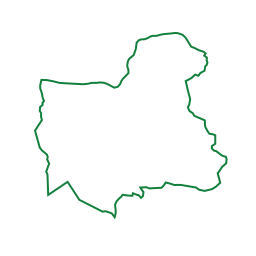 Parelhas, Rio Grande do Norte, Brazil (Albers equal-area conic projection), rotated 255°
{"feature_id": "56859067B27225115127072", "entity_name": "Parelhas", "entity_type": "district", "adm_level": 2, "iso_a3": "BRA", "parent_name": "Brazil", "parent_adm1": "Rio Grande do Norte", "projection": "albers", "projection_center": [-36.615, -6.711], "detail": "fine", "context": "isolated", "style": "outline", "palette": "green", "viewbox_px": 256, "rotation_deg": 255, "n_neighbors": 0, "source": "geoboundaries", "source_scale": "gbopen_adm2", "svg_char_len": 1867}
<svg xmlns="http://www.w3.org/2000/svg" viewBox="0 0 256 256"><g transform="rotate(255 128 128)"><path d="M84.0,33.6L91.6,55.7L76.2,60.8L73.4,61.7L71.2,62.4L53.7,81.9L53.4,84.8L49.8,90.2L45.3,92.0L48.8,94.0L52.1,94.9L57.1,95.6L60.1,97.9L62.5,101.7L63.4,103.8L64.9,105.5L62.8,110.4L61.4,114.7L63.7,115.9L61.2,119.2L60.3,121.0L57.1,122.5L58.4,124.8L62.1,126.4L64.7,125.3L67.3,124.6L66.0,130.6L64.2,132.8L62.2,142.1L61.6,145.0L63.2,147.6L65.6,150.3L63.5,154.1L61.0,157.9L59.3,164.4L52.9,178.3L49.9,180.8L47.4,185.8L47.2,193.2L48.5,197.6L50.3,201.1L51.2,202.9L61.1,202.9L63.0,205.4L66.0,208.7L68.5,213.7L72.4,215.2L74.8,215.1L77.1,211.6L82.8,207.2L83.9,205.2L86.5,203.7L88.8,204.3L90.2,208.2L98.4,210.4L100.0,208.3L101.4,205.1L104.5,204.0L108.2,203.1L110.6,203.0L115.5,204.2L122.5,195.3L125.5,194.4L128.5,191.8L132.5,191.2L134.9,193.3L139.7,195.5L149.8,195.6L158.4,195.9L158.8,197.9L159.8,202.1L162.2,206.7L160.2,209.4L162.4,212.1L163.5,216.7L167.6,218.6L168.6,220.4L170.8,221.7L173.0,221.5L175.6,222.4L178.2,220.4L179.9,222.2L181.9,221.0L184.8,216.6L187.9,213.2L190.2,210.1L200.4,207.0L203.9,204.8L206.7,200.7L207.7,197.7L208.2,193.7L209.5,186.6L209.7,182.3L209.6,179.5L210.7,175.4L210.5,172.9L209.9,171.0L209.4,167.4L210.2,163.4L209.9,161.1L208.3,158.5L202.3,156.0L197.1,152.5L194.3,146.7L192.0,144.9L188.2,143.3L183.7,143.4L180.9,142.6L176.7,135.6L175.0,133.7L172.7,132.0L170.5,128.9L170.5,125.1L173.5,122.0L176.6,118.5L178.2,115.8L179.5,111.9L179.6,109.8L181.0,104.7L181.1,100.7L182.0,95.6L187.6,78.5L189.4,73.3L192.5,67.8L195.3,62.0L196.9,56.8L192.1,54.3L188.6,53.4L186.1,53.7L182.3,53.7L179.1,53.4L175.8,53.9L174.6,52.0L172.4,51.5L171.0,48.5L167.3,47.2L164.7,48.0L162.1,47.0L158.0,46.9L149.5,37.5L132.0,37.7L128.7,39.0L123.5,42.7L120.9,43.0L118.5,41.8L114.0,42.6L111.9,41.1L107.0,37.7L104.0,38.2L84.0,33.6Z" fill="none" stroke="#15803d" stroke-width="2"/></g></svg>